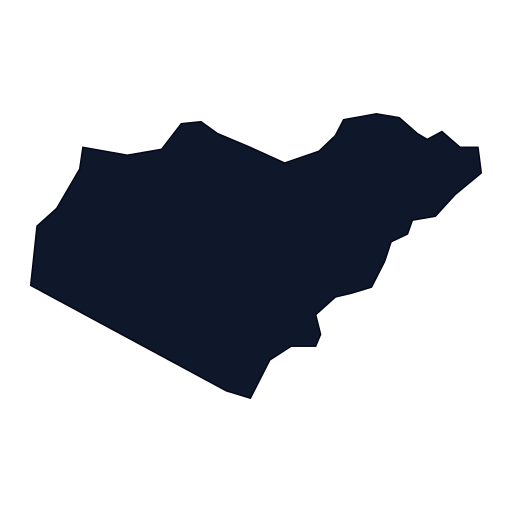 SVG path tracing the border of Siġġiewi
{"feature_id": "MLT-5948", "entity_name": "Siġġiewi", "entity_type": "state/province", "adm_level": 1, "iso_a3": "MLT", "parent_name": "Malta", "parent_adm1": "", "projection": "robinson", "projection_center": [14.438, 35.844], "detail": "fine", "context": "isolated", "style": "filled", "palette": "ink", "viewbox_px": 512, "rotation_deg": 0, "n_neighbors": 0, "source": "natural_earth", "source_scale": "10m", "svg_char_len": 607}
<svg xmlns="http://www.w3.org/2000/svg" viewBox="0 0 512 512"><path d="M250.4,398.2L226.4,390.9L30.7,285.4L37.0,226.1L56.7,208.4L79.7,169.0L82.9,147.3L127.2,155.2L161.6,149.3L181.3,123.7L201.0,121.7L217.4,133.5L250.1,147.3L284.6,163.0L319.0,151.2L335.4,135.5L343.6,119.7L376.4,113.8L399.3,117.7L417.3,133.5L427.2,139.4L441.9,131.5L460.0,147.3L478.0,147.3L481.3,172.9L455.1,194.6L435.4,216.2L412.4,220.2L407.5,234.0L391.1,241.8L384.6,261.5L371.5,287.1L351.8,293.1L335.4,297.0L315.7,314.7L320.6,334.4L315.7,346.2L291.1,346.2L269.8,360.0L250.4,398.2Z" fill="#0f172a" stroke="#020617" stroke-width="1.5"/></svg>